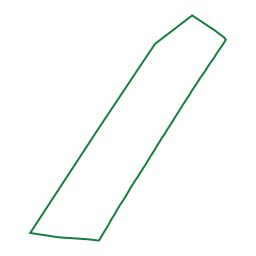 Arroio do Sal, Rio Grande do Sul, Brazil (Albers equal-area conic projection)
{"feature_id": "56859067B51555505580585", "entity_name": "Arroio do Sal", "entity_type": "district", "adm_level": 2, "iso_a3": "BRA", "parent_name": "Brazil", "parent_adm1": "Rio Grande do Sul", "projection": "albers", "projection_center": [-49.866, -29.516], "detail": "fine", "context": "isolated", "style": "outline", "palette": "green", "viewbox_px": 256, "rotation_deg": 0, "n_neighbors": 0, "source": "geoboundaries", "source_scale": "gbopen_adm2", "svg_char_len": 852}
<svg xmlns="http://www.w3.org/2000/svg" viewBox="0 0 256 256"><path d="M225.8,39.8L223.8,37.1L220.3,34.6L213.1,29.2L209.7,27.1L192.2,15.4L155.1,43.8L142.2,63.0L97.7,129.8L30.2,233.0L57.8,237.2L62.9,237.6L88.2,239.3L98.9,240.6L101.6,236.2L104.1,231.9L106.5,228.1L109.3,223.3L111.5,219.1L114.4,214.6L117.5,209.1L120.0,205.0L123.0,200.6L125.5,196.6L128.2,192.0L130.9,187.3L133.2,183.7L135.1,180.7L137.6,177.1L140.4,172.5L143.1,168.3L146.6,162.9L149.3,158.3L152.4,153.3L154.3,150.4L157.0,145.8L160.0,141.0L162.1,137.5L164.2,134.8L166.7,130.4L169.6,126.0L172.9,120.8L174.9,117.5L177.2,113.9L179.6,110.2L182.2,105.9L186.4,99.4L189.5,94.8L191.6,91.1L193.8,87.9L196.0,84.4L198.2,81.2L200.1,78.1L202.5,74.8L205.3,70.8L208.1,66.2L210.4,62.9L213.6,58.5L216.1,54.4L218.3,51.1L220.4,48.1L222.8,44.6L225.8,39.8Z" fill="none" stroke="#15803d" stroke-width="2"/></svg>